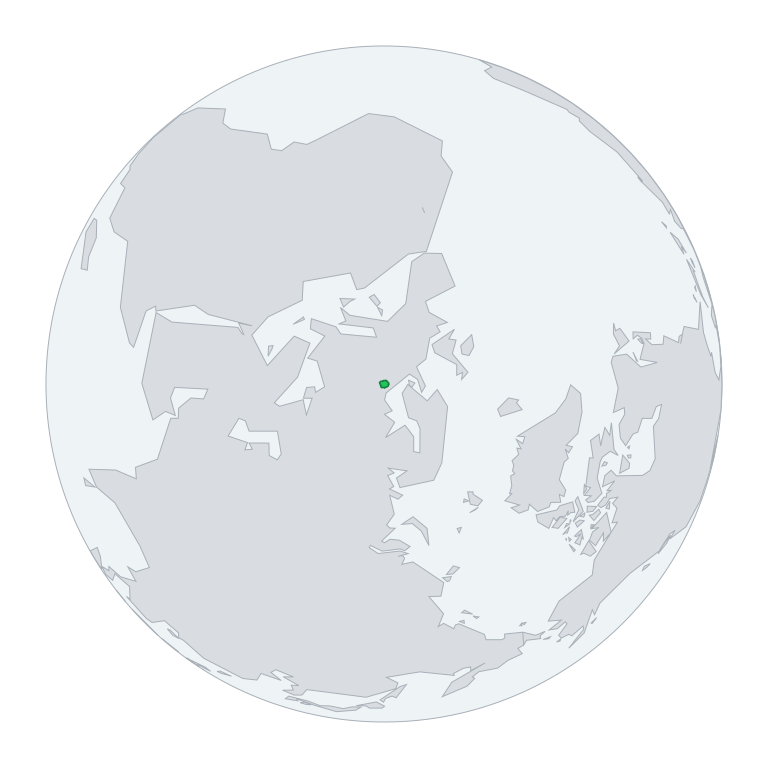 the Earth from above Kuyavian-Pomeranian, rotated 143°
{"feature_id": "POL-3145", "entity_name": "Kuyavian-Pomeranian", "entity_type": "Voivodeship", "adm_level": 1, "iso_a3": "POL", "parent_name": "Poland", "parent_adm1": "", "projection": "orthographic", "projection_center": [18.543, 52.987], "detail": "fine", "context": "on_globe", "style": "filled", "palette": "green", "viewbox_px": 768, "rotation_deg": 143, "n_neighbors": 0, "source": "natural_earth", "source_scale": "10m", "svg_char_len": 12139}
<svg xmlns="http://www.w3.org/2000/svg" viewBox="0 0 768 768"><g transform="rotate(143 384 384)"><circle cx="384" cy="384" r="338" fill="#eef3f6" stroke="#a8b0b8"/><path d="M62.9,278.7L67.9,264.7L78.4,239.9L89.3,218.6L101.7,198.2L115.6,178.7L130.7,160.3L175.1,119.5L148.2,141.9L164.9,126.7L167.4,124.7L165.9,126.0L186.7,110.8L202.1,100.4L228.7,88.2L249.1,88.3L239.6,92.0L245.6,92.2L257.9,87.8L264.6,85.0L301.9,84.7L343.3,79.1L354.7,73.0L353.5,78.3L374.0,64.7L395.4,61.8L372.2,67.9L370.6,70.9L385.6,69.9L387.1,72.9L395.3,74.4L395.8,78.2L382.2,82.3L382.3,85.0L392.9,84.3L400.1,88.2L384.5,88.7L395.5,95.8L374.8,105.3L332.7,106.1L322.0,116.9L280.8,133.2L285.4,135.8L272.7,144.6L273.3,151.1L265.5,152.9L272.7,156.7L279.7,153.9L285.2,154.8L286.2,158.6L276.4,161.2L274.5,159.7L272.2,162.6L266.8,162.4L270.0,164.6L258.0,167.8L271.3,170.4L262.8,177.9L254.5,178.5L253.7,170.8L232.5,155.4L223.8,154.8L212.4,161.1L194.3,188.1L185.4,191.1L174.6,200.6L180.2,202.1L190.7,195.3L198.4,201.1L210.3,192.8L215.2,194.2L228.1,189.3L227.8,198.5L220.6,210.2L209.9,215.0L206.4,220.5L218.0,223.2L199.4,239.8L189.5,264.6L184.4,268.4L172.2,261.8L168.7,242.9L152.8,236.8L164.7,249.6L152.0,259.8L150.6,265.4L152.3,270.4L157.8,270.1L153.8,275.8L140.4,264.6L143.9,259.3L148.1,262.7L146.3,254.1L137.2,247.8L131.5,254.1L123.9,239.8L119.7,244.4L115.7,244.2L122.9,237.7L109.8,249.4L100.0,238.4L82.0,259.5L97.8,232.9L102.4,221.0L106.3,209.2L103.3,212.3L112.6,193.9L114.1,185.7L104.3,195.4L92.8,212.7L83.4,231.1L85.4,229.8L81.3,241.8L74.0,250.4L65.1,276.5L60.1,288.2L56.1,302.5L54.2,312.5L51.4,328.4L53.0,329.0L54.0,338.8L50.3,350.8L53.8,348.1L52.3,361.8L56.6,390.3L55.3,390.7L58.3,429.2L67.6,461.7L69.7,476.6L68.0,478.8L72.6,489.6L72.7,493.2L96.2,534.9L112.6,562.1L115.1,573.7L107.2,572.3L113.0,585.9L98.3,564.5L85.4,542.1L74.1,518.8L64.7,494.7L57.2,469.9L51.6,444.6L47.9,419.0L46.2,393.1L46.5,367.2L48.8,341.5L51.9,323.3L53.5,314.9L53.3,314.6L55.0,306.9L62.9,278.7ZM77.2,264.7L67.4,301.5L68.1,287.1L68.8,288.2L72.3,277.4L77.2,261.0L79.1,249.6L77.2,264.7ZM83.7,266.2L84.9,260.8L84.4,265.3L83.7,266.2ZM267.3,83.5L258.0,87.5L246.3,90.7L253.9,86.8L267.3,83.5ZM289.8,79.5L285.9,81.8L279.5,80.4L283.7,79.5L289.8,79.5ZM362.5,68.4L354.7,69.5L361.8,67.5L362.5,68.4ZM396.3,74.0L398.1,72.8L401.5,74.1L396.3,74.0ZM227.4,184.8L227.6,187.0L225.1,186.7L227.4,184.8ZM232.6,180.7L229.4,178.8L231.4,176.5L233.4,177.8L232.6,180.7ZM405.6,81.4L410.6,84.2L403.1,82.0L405.6,81.4ZM236.1,183.6L235.5,172.9L239.1,169.2L249.5,170.9L236.1,183.6ZM412.0,86.3L424.5,93.6L429.5,91.5L422.6,102.3L414.2,92.1L404.2,89.5L411.0,88.9L412.0,86.3ZM281.5,151.4L274.1,154.5L279.4,148.5L281.5,151.4ZM283.5,147.4L291.9,128.8L303.4,126.5L298.3,133.0L312.4,127.6L313.9,135.6L306.5,140.3L298.7,140.1L305.2,143.4L283.5,147.4ZM416.8,107.4L417.8,110.0L414.1,108.1L416.8,107.4ZM287.8,154.7L288.5,150.9L298.5,148.6L299.0,155.7L295.6,154.1L287.8,154.7ZM315.4,122.5L322.9,122.3L326.2,128.6L329.5,129.5L314.9,135.6L315.4,122.5ZM293.8,156.6L299.0,159.4L295.2,164.1L287.9,158.2L293.8,156.6ZM300.9,145.1L305.7,144.4L303.2,147.0L300.9,145.1ZM284.6,183.0L285.1,178.1L290.4,176.4L284.6,183.0ZM301.2,160.2L302.5,158.6L304.6,157.5L307.1,160.4L301.2,160.2ZM318.3,139.8L318.0,142.6L324.4,137.6L327.1,142.4L316.9,145.8L322.4,146.4L323.3,147.9L314.0,149.0L318.3,139.8ZM316.1,160.0L304.0,166.5L301.8,175.7L297.0,177.4L301.5,162.4L316.1,160.0ZM315.7,153.4L314.9,157.8L309.4,157.5L306.5,154.2L315.7,153.4ZM332.6,144.6L331.1,136.3L333.4,135.9L332.6,144.6ZM316.5,162.7L319.4,161.1L317.0,163.4L316.5,162.7ZM328.9,150.2L328.1,147.2L330.7,146.8L328.9,150.2ZM326.0,160.6L322.1,162.6L320.0,160.4L326.0,160.6ZM328.2,155.9L332.0,156.1L321.6,158.4L327.4,154.6L328.2,155.9ZM331.5,150.3L332.8,149.1L331.5,151.6L331.5,150.3ZM336.0,168.3L323.4,171.7L318.9,166.6L331.8,163.9L336.0,168.3ZM215.0,591.1L191.1,543.0L201.2,531.7L201.8,512.0L270.4,464.4L286.3,473.1L341.8,472.4L349.0,475.8L343.9,492.8L386.8,514.5L398.9,500.1L436.2,507.4L460.1,502.6L466.1,468.9L426.9,476.3L418.6,461.2L448.9,441.5L482.9,435.0L480.8,429.0L458.0,420.1L464.6,406.0L450.0,415.9L456.9,421.2L447.9,427.8L441.1,423.5L443.7,418.5L433.1,417.5L423.5,442.5L429.4,450.6L402.4,457.9L409.6,472.4L402.7,479.9L387.9,458.5L388.4,450.0L361.8,425.8L358.8,435.2L383.7,459.0L376.5,457.3L372.7,471.3L369.9,459.4L343.5,431.9L318.3,435.1L288.2,465.0L273.1,464.3L259.4,453.5L268.3,419.5L301.2,425.0L304.8,414.0L296.3,395.0L307.1,398.7L307.7,391.9L319.9,393.1L335.5,378.7L347.7,378.2L352.1,357.5L359.0,354.7L354.4,367.5L357.7,376.6L387.8,375.5L393.2,370.8L393.6,357.7L401.9,359.5L398.5,347.0L415.0,340.3L392.0,338.4L392.0,324.0L401.0,312.2L396.8,307.4L382.1,326.7L380.0,334.9L384.7,342.3L375.2,365.5L365.3,369.3L359.6,344.5L344.8,347.5L346.8,327.7L385.3,286.2L402.2,277.2L433.6,291.7L430.6,301.4L417.9,300.8L431.2,314.2L429.4,306.9L436.2,308.7L437.9,296.2L442.8,296.9L436.0,284.0L442.2,283.6L446.4,291.7L454.2,273.8L466.7,269.9L466.1,265.6L461.9,262.1L480.5,260.0L479.3,257.0L472.7,256.4L465.8,250.1L461.0,238.5L467.7,238.4L470.4,242.6L486.0,251.6L492.0,263.3L494.3,262.2L490.7,252.1L471.6,240.9L466.8,234.0L476.4,237.9L472.5,235.9L472.3,232.5L478.3,229.2L468.0,224.5L455.8,189.4L466.2,180.3L476.1,187.2L474.7,164.7L486.6,157.6L480.4,156.9L475.6,146.6L471.9,148.6L468.6,147.5L454.5,123.6L456.4,118.4L443.5,108.7L440.3,108.5L438.2,111.7L422.6,102.3L429.5,91.5L436.2,92.3L435.9,85.5L451.5,88.7L464.2,88.7L481.3,97.1L489.9,96.9L488.7,94.3L499.5,92.7L525.6,99.2L509.4,105.0L471.3,100.4L487.3,102.9L485.1,105.9L491.7,109.2L502.9,111.0L503.3,109.0L528.7,132.6L558.5,148.2L552.8,136.9L557.9,133.6L586.8,144.6L629.6,186.4L636.8,185.0L642.9,189.6L649.3,200.5L640.6,194.1L639.4,199.3L633.5,194.4L640.7,210.8L632.6,204.5L642.3,220.9L647.9,221.8L644.5,209.1L656.4,226.8L663.7,224.1L673.9,233.7L693.0,273.4L698.4,300.0L700.7,304.9L697.9,308.8L701.7,327.0L712.7,333.1L714.9,339.8L717.5,369.3L716.3,365.0L709.1,375.4L713.1,394.5L718.8,390.5L720.9,399.7L718.9,407.8L716.1,400.5L713.5,403.8L710.4,388.6L700.9,375.7L698.6,392.1L695.2,383.4L681.8,378.6L676.4,401.7L670.4,451.0L675.6,474.8L670.9,493.5L650.1,476.8L638.9,457.3L632.6,467.0L610.2,460.3L575.0,484.9L568.9,480.5L562.5,488.3L546.6,489.0L537.0,480.6L527.8,485.9L553.2,507.3L562.9,501.4L569.6,484.5L575.0,493.6L590.2,494.4L577.0,530.3L523.0,578.2L516.1,561.1L466.6,517.1L467.2,509.9L466.9,509.1L466.2,507.9L463.4,520.1L454.3,509.9L482.5,545.3L487.9,560.9L522.3,579.6L519.5,583.6L530.1,585.5L561.9,564.0L562.5,570.1L548.4,603.9L502.8,652.2L508.0,667.9L503.2,681.5L472.9,696.6L473.7,702.7L457.8,708.1L455.6,711.0L441.7,715.5L419.3,719.7L383.2,721.5L382.4,720.4L366.5,716.5L345.1,699.0L355.7,689.4L353.1,680.0L326.8,653.8L332.7,639.4L325.3,631.9L310.2,631.4L301.5,621.8L292.3,619.8L233.6,609.3L215.0,591.1ZM248.6,496.1L247.2,502.1L248.6,496.1ZM520.5,443.9L539.8,436.3L528.3,419.3L534.7,415.1L528.4,411.1L527.3,418.1L511.5,406.1L518.7,396.0L514.9,387.7L508.2,389.9L497.5,410.5L520.1,427.5L516.9,438.0L520.5,443.9ZM56.8,391.0L56.9,396.8L55.9,392.2L56.8,391.0ZM65.7,289.5L64.8,295.5L63.5,300.3L63.7,296.4L65.7,289.5ZM64.5,338.8L64.7,346.6L63.4,340.4L64.5,338.8ZM66.4,307.0L64.2,333.1L61.9,322.8L63.7,306.6L63.9,315.0L66.4,307.0ZM79.0,269.7L77.8,274.1L76.5,275.0L79.0,269.7ZM83.2,269.6L83.3,268.4L84.9,265.0L83.2,269.6ZM152.8,260.4L153.8,261.5L154.3,267.1L151.8,265.7L152.8,260.4ZM170.7,285.9L163.9,294.5L167.0,287.1L162.1,286.5L162.4,270.8L182.0,269.5L173.0,272.7L170.7,285.9ZM168.4,250.3L165.9,259.8L167.8,249.5L168.4,250.3ZM299.0,355.6L303.7,361.0L299.7,368.4L284.3,370.6L289.8,359.8L299.0,355.6ZM311.2,367.1L309.9,342.8L319.4,340.9L314.3,346.0L320.7,347.2L314.2,355.7L324.7,378.4L321.9,386.6L294.8,385.3L305.2,381.0L300.0,375.7L311.2,367.1ZM289.5,289.4L289.1,280.4L310.4,287.9L308.4,295.5L292.8,297.9L286.1,290.2L289.5,289.4ZM254.7,189.4L253.1,186.5L255.8,185.6L259.4,187.3L254.7,189.4ZM284.4,180.9L264.3,201.4L261.5,199.0L253.1,214.6L242.4,214.6L248.2,204.3L233.7,216.4L234.7,207.1L225.7,216.2L239.7,193.3L240.0,186.0L243.8,194.1L253.5,194.2L257.9,192.0L270.3,180.7L275.8,165.6L286.4,163.8L292.4,166.6L292.7,170.0L285.7,169.9L291.1,174.5L281.3,177.0L284.4,180.9ZM356.9,208.6L348.6,205.8L357.8,218.0L348.0,219.5L349.7,220.9L343.2,225.8L338.2,234.3L333.5,233.7L333.6,237.4L329.3,240.9L327.8,245.8L318.9,246.6L316.4,252.8L313.6,249.7L311.6,260.2L309.1,252.9L303.3,257.2L308.8,262.0L264.5,257.8L247.9,262.6L235.4,271.0L232.7,258.1L242.8,242.4L259.0,227.9L275.4,225.5L271.3,220.5L277.9,217.9L278.4,223.0L281.6,213.8L287.2,213.2L301.6,202.1L302.7,189.9L308.0,185.8L310.4,190.3L314.0,183.2L322.1,189.0L326.1,186.4L338.1,189.8L340.3,200.5L344.6,196.7L353.9,199.5L356.9,208.6ZM339.3,169.5L344.2,181.2L341.3,188.0L321.7,179.3L316.9,181.0L304.3,176.3L308.8,166.7L312.0,168.8L316.2,168.7L313.1,171.8L318.7,169.3L323.3,172.3L328.9,171.3L328.9,175.3L339.3,169.5ZM356.3,469.5L361.7,470.4L370.0,469.8L367.7,478.8L356.3,469.5ZM338.0,451.1L342.8,450.3L343.6,462.2L338.0,461.4L338.0,451.1ZM344.7,440.0L343.0,449.3L340.6,443.9L344.7,440.0ZM358.7,366.2L363.7,364.7L364.5,367.7L362.1,372.3L358.7,366.2ZM382.1,247.5L377.8,244.2L379.2,242.4L375.4,231.9L382.4,230.2L387.4,236.0L382.1,247.5ZM459.8,476.0L453.4,483.7L449.5,481.5L452.5,479.3L459.8,476.0ZM408.7,483.5L420.7,486.4L407.9,486.0L408.7,483.5ZM389.1,244.0L386.7,239.7L391.7,241.6L389.1,244.0ZM387.3,228.6L393.0,229.7L382.8,228.8L387.3,228.6ZM556.5,658.4L530.5,684.7L515.8,690.7L514.9,687.6L525.8,673.9L543.4,663.3L552.5,653.5L556.5,658.4ZM719.6,423.5L718.9,427.5L711.4,426.1L714.3,416.9L720.8,405.8L720.6,410.5L721.1,407.5L719.6,423.5ZM721.9,380.7L721.6,371.6L721.4,365.7L721.9,380.7ZM720.7,355.9L715.7,319.5L715.6,318.8L720.7,355.9ZM676.9,475.7L683.4,482.4L680.2,489.6L676.9,475.7ZM709.9,295.5L714.5,314.3L709.2,293.6L709.9,295.5ZM704.7,279.3L706.2,282.9L705.7,283.1L704.7,279.3ZM704.0,310.8L704.4,318.9L702.8,316.2L701.1,304.2L704.0,310.8ZM681.7,242.4L688.0,250.8L690.3,255.0L687.5,253.1L681.7,242.4ZM445.3,228.0L442.7,244.1L445.4,255.5L454.2,261.2L440.7,260.5L436.5,242.8L445.3,228.0ZM453.8,194.0L446.1,189.7L450.0,187.4L452.4,188.1L453.8,194.0ZM448.7,194.3L438.1,197.0L434.2,191.9L443.3,190.8L448.7,194.3ZM413.7,219.8L412.5,224.6L408.5,222.9L413.7,219.8ZM707.2,285.4L705.7,281.2L704.4,276.6L707.2,285.4ZM700.5,265.7L700.0,264.2L700.1,264.6L700.5,265.7ZM701.9,272.5L701.8,269.3L704.8,280.4L697.2,265.5L695.4,258.9L701.9,272.5ZM642.8,180.0L639.0,177.8L635.1,171.6L638.9,174.8L642.8,180.0ZM619.1,150.9L632.9,169.3L643.3,185.1L643.5,182.8L652.2,192.0L647.9,192.0L635.4,176.4L628.7,165.6L620.9,159.4L611.9,149.3L603.3,145.1L597.1,139.8L602.8,140.5L619.1,150.9ZM599.8,143.8L581.5,134.7L577.4,126.3L580.5,126.3L590.6,133.9L592.2,137.9L599.8,143.8ZM575.9,130.2L577.2,134.1L553.1,132.7L547.0,130.5L563.2,126.1L565.3,129.8L571.9,131.9L575.9,130.2ZM421.1,109.3L418.1,110.0L419.3,107.9L421.1,109.3ZM466.6,148.9L462.3,147.2L463.9,144.5L466.6,148.9ZM451.3,141.0L452.5,145.2L448.4,140.8L451.3,141.0ZM455.8,154.9L451.7,146.9L459.6,154.6L455.8,154.9Z" fill="#d9dde1" stroke="#a8b0b8" stroke-width="1"/><path d="M388.3,383.3L388.1,383.5L387.9,383.6L387.9,383.8L388.0,384.0L387.9,384.3L387.8,384.2L387.7,384.2L387.6,384.3L387.4,384.5L387.3,385.0L387.2,385.0L387.2,385.3L387.3,385.4L387.4,385.6L387.4,385.8L387.0,386.6L386.9,386.8L386.9,387.0L387.0,387.1L386.8,387.6L386.7,387.7L386.7,387.8L386.5,388.0L386.4,388.0L385.9,388.0L385.5,387.9L385.3,387.9L384.9,388.1L384.7,387.9L384.1,387.4L383.9,387.2L383.7,387.3L383.5,387.2L383.4,387.0L383.1,387.2L383.0,387.3L382.6,387.2L382.4,386.9L382.1,386.9L381.7,386.4L381.4,386.3L381.1,386.3L380.9,386.2L380.7,385.9L380.5,386.0L380.3,385.9L380.2,385.7L380.1,385.4L380.3,385.3L380.4,384.8L380.2,384.5L380.0,384.3L379.7,384.1L379.9,383.8L379.9,383.4L379.8,383.2L380.1,382.7L379.9,382.3L379.7,382.1L379.6,381.9L379.9,381.5L380.0,381.3L380.2,380.9L380.3,380.7L380.5,380.6L381.0,380.7L381.2,380.4L381.4,380.2L381.6,380.1L381.7,379.9L381.8,379.8L382.3,379.9L382.9,379.8L383.0,379.8L383.1,380.0L383.8,380.2L384.1,380.4L384.3,380.3L384.5,380.2L384.8,380.2L384.8,380.3L385.2,380.6L385.3,380.7L385.5,380.8L385.9,380.7L386.1,380.6L386.4,381.2L386.4,381.5L386.6,381.7L386.6,381.8L386.8,381.8L387.0,381.9L387.4,382.1L387.8,382.2L388.0,382.3L388.2,382.8L388.3,383.3Z" fill="#22c55e" stroke="#15803d" stroke-width="1.5"/></g></svg>